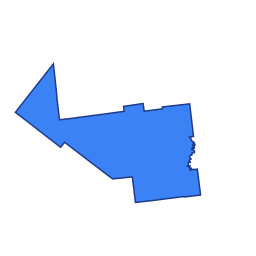 outline of Libertad, Chaco, Argentina, rotated 38°
{"feature_id": "61730980B99039131308999", "entity_name": "Libertad", "entity_type": "district", "adm_level": 2, "iso_a3": "ARG", "parent_name": "Argentina", "parent_adm1": "Chaco", "projection": "orthographic", "projection_center": [-59.148, -27.313], "detail": "fine", "context": "isolated", "style": "filled", "palette": "blue", "viewbox_px": 256, "rotation_deg": 38, "n_neighbors": 0, "source": "geoboundaries", "source_scale": "gbopen_adm2", "svg_char_len": 4708}
<svg xmlns="http://www.w3.org/2000/svg" viewBox="0 0 256 256"><g transform="rotate(38 128 128)"><path d="M86.8,184.7L86.8,184.4L86.8,183.9L86.8,183.7L86.8,183.0L86.8,182.3L86.8,181.1L86.8,179.9L86.8,178.5L86.8,178.3L94.1,178.2L101.4,178.1L105.8,178.1L110.2,178.0L113.1,178.0L116.0,178.0L119.1,178.0L122.1,177.9L122.7,177.9L124.0,177.9L124.9,177.9L128.6,177.8L130.8,177.8L133.8,177.8L136.8,177.8L138.3,177.7L141.2,177.7L145.8,177.6L146.5,177.6L147.2,177.6L148.0,176.8L148.7,176.1L148.8,176.0L155.2,170.0L157.3,167.9L161.5,163.9L161.7,164.1L162.2,164.5L163.0,165.4L163.9,166.2L163.9,166.3L165.0,167.4L166.1,168.4L166.1,168.5L167.2,169.6L168.4,170.7L168.4,170.8L168.6,171.0L169.6,171.9L170.7,173.0L171.8,174.2L172.9,175.3L173.3,175.7L174.0,176.4L175.2,177.6L175.8,178.2L176.9,179.3L177.5,179.9L178.1,180.5L179.3,181.7L179.7,182.1L179.8,182.1L180.9,180.9L182.1,179.8L182.1,179.7L183.2,178.7L184.3,177.6L185.5,176.4L186.7,175.2L187.3,174.6L187.6,174.2L187.8,174.0L188.4,173.4L189.0,172.9L189.1,173.0L191.4,170.7L193.6,168.4L197.1,164.9L198.8,163.2L202.1,159.8L207.2,154.7L207.5,154.3L207.7,154.2L209.7,152.2L211.1,150.7L212.0,149.8L213.1,148.7L214.3,147.5L214.6,147.8L214.8,147.7L215.6,147.0L216.0,146.6L217.1,145.5L217.3,145.3L218.0,144.6L218.3,144.3L218.5,144.1L219.4,143.2L219.5,143.1L219.9,142.6L221.7,140.8L222.0,140.6L222.2,140.4L222.8,139.8L223.0,139.6L223.5,139.1L224.1,138.5L224.4,138.2L224.7,137.9L225.3,137.3L225.6,137.0L226.0,136.6L226.2,136.4L226.4,136.2L226.2,135.9L226.0,135.7L225.7,135.4L225.5,135.1L218.4,128.2L217.3,127.0L207.9,117.7L206.0,119.8L205.9,119.9L205.5,120.0L205.2,120.1L204.9,120.3L204.7,120.7L204.4,120.9L204.3,121.2L204.3,121.6L204.2,121.7L203.9,121.9L203.6,122.0L203.4,122.4L203.3,122.6L203.1,122.8L202.7,123.0L202.5,122.6L202.6,121.9L202.6,121.7L202.7,121.4L202.7,121.0L202.7,120.8L202.5,120.7L202.3,120.9L202.1,121.2L201.8,121.5L201.6,121.6L201.3,121.7L201.2,121.6L200.8,121.4L200.8,121.2L200.6,120.9L200.7,120.4L200.6,120.1L200.3,119.8L200.2,120.0L199.9,119.9L199.6,120.0L199.5,120.3L199.5,120.7L199.5,120.8L199.3,121.1L199.1,121.3L198.7,121.5L198.4,121.6L198.2,121.6L198.1,121.2L198.1,120.9L198.3,120.6L198.3,120.4L198.5,120.2L198.6,119.8L198.3,119.5L197.8,119.2L197.3,118.8L197.1,118.6L197.0,118.2L196.7,117.6L196.9,117.3L197.4,117.2L198.0,116.8L198.2,116.7L197.8,116.4L197.5,116.2L197.0,116.2L196.7,116.2L196.2,115.7L196.2,115.2L196.2,114.8L196.3,114.5L196.4,114.1L196.6,114.0L196.7,113.8L196.8,113.5L196.4,113.3L196.0,113.4L195.7,113.5L195.1,113.5L194.8,113.4L194.4,113.1L194.2,113.0L194.1,112.5L194.0,111.8L194.0,111.2L194.1,110.9L194.4,110.6L194.6,110.6L194.8,110.3L195.0,109.8L194.8,109.7L194.6,109.5L194.3,109.2L194.2,108.8L194.0,108.5L194.0,107.9L194.5,107.6L195.1,107.1L195.4,106.8L195.3,106.5L195.3,106.2L195.2,105.9L194.9,105.5L194.7,105.4L194.2,105.2L193.9,105.3L193.5,105.2L193.2,105.2L192.8,105.1L192.5,105.1L192.3,105.3L192.0,105.3L191.9,105.5L191.5,105.3L191.2,105.3L190.9,104.8L190.8,104.4L191.1,104.3L191.3,104.2L191.7,104.0L191.9,103.9L192.4,103.7L192.7,103.3L192.7,103.0L192.5,102.7L192.4,102.5L192.2,102.2L191.9,102.3L191.7,102.6L191.3,102.8L191.1,103.0L190.9,102.8L190.8,102.7L190.5,102.5L190.3,102.1L190.3,101.7L190.5,101.5L190.7,101.3L190.8,101.1L191.0,101.1L191.2,100.8L191.3,100.5L191.3,100.3L191.2,100.1L190.8,99.7L190.6,99.6L190.7,99.9L190.6,100.1L190.5,100.3L190.4,100.6L190.2,100.5L190.0,100.3L190.0,100.6L189.8,100.9L189.9,101.1L189.9,101.7L189.6,101.8L189.5,101.5L189.5,101.2L189.4,101.0L189.3,100.8L189.2,100.5L189.2,100.3L189.2,100.0L189.3,99.9L189.4,99.5L188.6,98.8L188.5,99.0L187.6,99.2L187.0,99.0L187.1,98.8L186.9,98.8L186.7,98.9L186.1,98.9L185.9,98.8L185.7,98.7L185.3,98.4L184.9,98.3L184.7,98.3L184.5,98.1L184.4,98.0L184.2,97.9L183.9,97.6L183.8,97.4L183.6,97.3L183.3,97.2L183.1,97.2L182.8,97.2L182.7,97.3L182.4,97.3L182.1,97.3L182.4,96.9L182.9,96.3L184.9,94.3L183.6,93.1L163.9,73.2L161.7,71.0L159.1,73.6L143.9,88.5L142.1,90.3L143.1,91.3L143.3,91.6L143.0,92.0L131.5,103.7L130.7,104.4L130.4,104.8L128.9,103.3L124.8,99.4L122.5,101.8L118.0,106.6L111.2,113.7L113.5,116.0L114.7,117.2L112.6,119.4L111.1,120.9L97.2,135.2L95.6,136.8L94.3,138.1L93.9,138.6L93.4,139.0L91.2,141.3L86.2,146.4L84.1,148.5L83.9,148.6L82.1,150.5L81.3,151.4L78.7,154.1L77.8,155.0L77.5,155.3L73.8,158.9L72.3,160.4L69.0,163.7L68.9,163.7L65.7,160.5L63.5,158.2L58.9,153.6L58.0,152.7L57.8,152.5L56.2,150.9L46.4,140.5L29.7,123.4L29.6,184.3L29.6,185.0L49.2,184.8L56.3,184.8L56.5,184.9L63.3,184.8L70.9,184.8L72.4,184.8L75.7,184.7L77.6,184.7L78.6,184.7L79.5,184.7L80.4,184.7L81.3,184.7L82.2,184.7L82.7,184.7L83.2,184.7L83.8,184.7L84.2,184.7L84.9,184.7L85.5,184.7L85.9,184.7L86.2,184.7L86.5,184.7L86.8,184.7L86.8,184.7Z" fill="#3b82f6" stroke="#1e3a8a" stroke-width="1.5"/></g></svg>